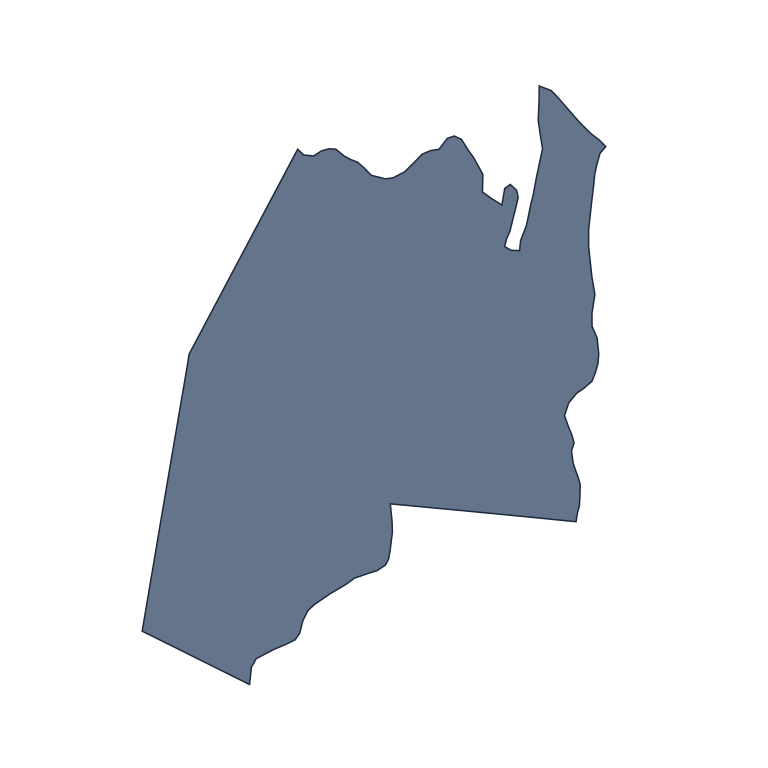 outline of Dom Pedro, Maranhão, Brazil, rotated 187°
{"feature_id": "56859067B19641317147264", "entity_name": "Dom Pedro", "entity_type": "district", "adm_level": 2, "iso_a3": "BRA", "parent_name": "Brazil", "parent_adm1": "Maranhão", "projection": "robinson", "projection_center": [-44.435, -5.022], "detail": "fine", "context": "isolated", "style": "filled", "palette": "slate", "viewbox_px": 768, "rotation_deg": 187, "n_neighbors": 0, "source": "geoboundaries", "source_scale": "gbopen_adm2", "svg_char_len": 1559}
<svg xmlns="http://www.w3.org/2000/svg" viewBox="0 0 768 768"><g transform="rotate(187 384 384)"><path d="M480.8,69.3L481.1,86.8L477.3,95.8L461.5,106.8L449.4,113.8L441.0,119.3L437.3,126.3L435.7,139.2L431.9,149.9L426.0,156.8L412.2,169.0L396.6,181.1L389.7,187.7L376.9,193.9L368.1,197.9L360.4,204.6L358.0,211.3L357.6,221.8L357.6,237.8L359.1,247.9L363.1,265.8L248.1,269.0L176.6,270.7L176.3,279.3L175.2,287.0L175.9,297.2L177.0,308.2L179.8,314.8L183.1,321.2L186.5,328.2L189.7,340.2L188.2,348.9L191.3,356.3L195.5,363.7L201.0,374.6L198.3,387.9L191.5,398.5L185.2,404.0L177.9,412.1L175.5,421.3L174.1,430.5L174.5,440.0L178.0,455.5L184.5,466.5L186.2,479.5L185.6,498.6L190.7,515.7L194.8,533.1L197.7,545.9L199.7,562.6L200.1,593.1L200.1,607.7L200.4,616.7L199.7,626.0L197.7,639.3L192.8,646.7L200.5,652.7L209.1,657.7L221.7,667.5L247.9,690.9L253.8,695.6L266.3,698.7L264.6,683.9L263.1,664.4L258.0,646.0L255.3,636.7L256.7,621.4L258.0,606.1L259.1,588.1L260.2,580.8L261.1,568.6L262.0,558.5L265.9,543.1L265.7,532.9L274.1,532.2L281.1,535.1L280.0,543.1L277.6,551.1L276.5,560.4L274.8,574.1L273.5,585.3L276.0,592.5L283.1,597.5L288.0,592.8L288.8,576.0L301.1,581.8L309.7,586.6L311.4,604.1L322.8,619.8L329.0,626.5L336.9,636.2L344.5,638.7L351.1,635.5L358.0,623.7L366.3,621.3L374.2,616.7L381.5,607.0L389.3,597.2L400.0,589.8L407.7,587.8L422.1,589.6L430.0,596.0L437.3,601.0L444.3,602.7L451.1,605.3L460.4,611.2L467.2,610.8L474.6,607.7L481.5,601.8L491.4,601.5L498.3,606.5L581.1,389.9L581.5,377.4L586.6,269.8L593.9,109.2L480.8,69.3Z" fill="#64748b" stroke="#1e293b" stroke-width="1.5"/></g></svg>